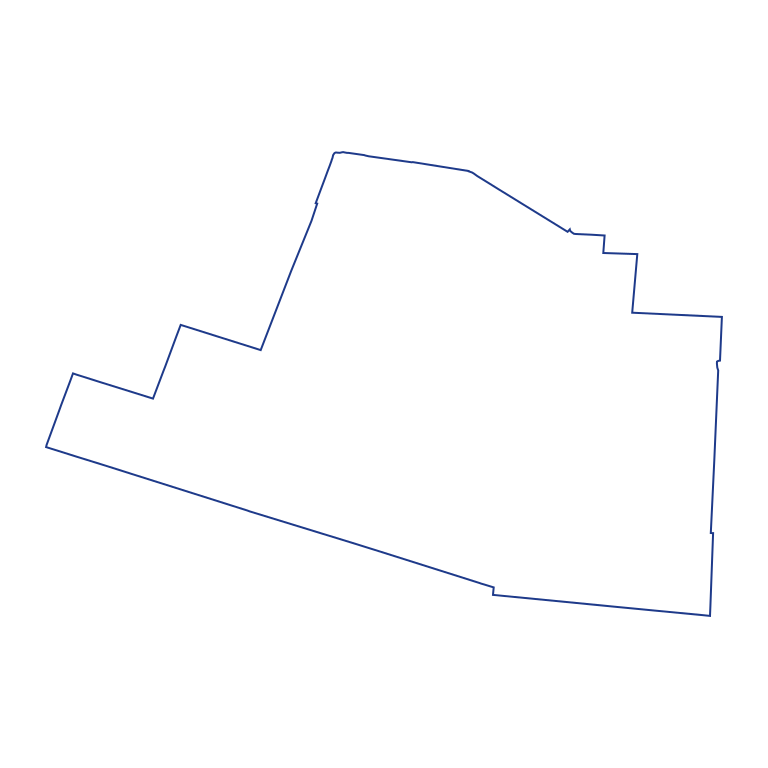 Vadastrita, Olt, Romania (Natural Earth projection)
{"feature_id": "2599482B53428634835124", "entity_name": "Vadastrita", "entity_type": "district", "adm_level": 2, "iso_a3": "ROU", "parent_name": "Romania", "parent_adm1": "Olt", "projection": "natural_earth1", "projection_center": [24.333, 43.838], "detail": "fine", "context": "isolated", "style": "outline", "palette": "blue", "viewbox_px": 768, "rotation_deg": 0, "n_neighbors": 0, "source": "geoboundaries", "source_scale": "gbopen_adm2", "svg_char_len": 1402}
<svg xmlns="http://www.w3.org/2000/svg" viewBox="0 0 768 768"><path d="M710.0,615.9L710.4,606.0L712.7,543.9L713.1,533.1L711.9,533.1L710.8,533.0L714.3,460.2L718.2,370.5L717.3,367.6L716.9,363.5L717.0,361.6L718.2,360.9L720.0,360.6L720.8,342.2L721.9,316.9L632.2,312.7L637.3,254.1L603.3,253.0L604.6,235.5L591.3,234.7L575.8,234.0L574.0,233.8L572.3,232.7L570.4,231.1L570.0,230.3L569.8,229.4L567.6,231.8L567.1,231.5L498.8,189.4L495.6,187.4L477.2,176.0L473.9,173.6L472.1,172.5L468.6,171.3L468.6,171.0L412.7,162.1L411.8,162.3L371.1,156.6L368.8,156.3L365.3,155.5L364.2,155.1L348.6,152.9L347.2,152.9L345.0,152.5L343.1,152.1L342.0,152.3L341.1,152.5L339.9,152.8L337.7,152.7L336.2,152.5L335.4,152.6L334.4,153.2L333.6,154.4L333.1,155.2L332.5,157.9L331.6,160.2L331.6,160.5L329.5,166.3L329.3,166.8L327.5,171.5L325.0,178.3L320.8,189.5L315.7,203.2L317.2,203.6L311.5,220.8L291.2,270.9L287.5,280.5L260.7,350.1L180.7,324.9L176.2,336.8L165.1,366.8L163.6,370.6L153.0,398.6L101.1,382.4L76.4,374.6L73.0,373.4L70.1,381.3L61.1,405.2L60.0,408.3L54.2,424.2L46.6,444.9L46.1,447.1L77.3,456.9L101.5,464.4L125.3,471.9L126.5,472.3L128.2,472.8L130.9,473.7L232.1,505.7L247.3,510.5L249.7,511.4L356.9,544.3L365.5,547.0L374.8,549.9L476.3,582.0L479.5,583.0L481.1,583.6L483.9,584.4L493.7,587.4L493.2,592.6L493.0,594.9L617.6,607.0L631.2,608.3L642.6,609.4L655.0,610.6L703.3,615.2L710.0,615.9Z" fill="none" stroke="#1e3a8a" stroke-width="2"/></svg>